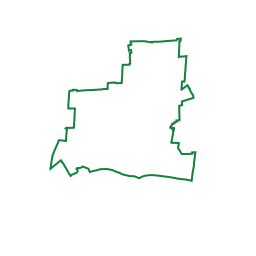 Devesel, Mehedinti, Romania, rotated 153°
{"feature_id": "2599482B24769263834247", "entity_name": "Devesel", "entity_type": "district", "adm_level": 2, "iso_a3": "ROU", "parent_name": "Romania", "parent_adm1": "Mehedinti", "projection": "natural_earth1", "projection_center": [22.678, 44.474], "detail": "fine", "context": "isolated", "style": "outline", "palette": "green", "viewbox_px": 256, "rotation_deg": 153, "n_neighbors": 0, "source": "geoboundaries", "source_scale": "gbopen_adm2", "svg_char_len": 5569}
<svg xmlns="http://www.w3.org/2000/svg" viewBox="0 0 256 256"><g transform="rotate(153 128 128)"><path d="M86.4,204.0L86.8,203.1L86.9,202.8L87.6,201.7L87.7,201.4L87.7,201.2L87.4,200.9L87.2,200.8L87.3,200.7L88.4,201.0L90.3,201.4L90.4,201.1L90.8,200.0L90.9,199.7L91.4,198.1L91.8,197.0L92.0,196.6L91.6,196.6L91.4,196.5L91.1,196.4L90.9,196.3L89.9,196.0L90.8,193.4L91.0,193.4L91.4,193.5L92.5,193.9L92.7,193.0L93.0,192.2L93.1,191.9L93.6,191.4L93.9,191.1L94.7,189.2L95.1,188.3L95.3,187.6L95.6,186.9L96.8,184.5L97.2,184.6L97.4,184.6L97.5,184.6L97.7,184.1L98.0,183.7L99.6,184.5L104.0,186.7L107.1,181.6L108.5,178.9L110.0,176.3L111.1,174.5L112.4,172.4L113.2,170.9L116.9,172.7L117.5,172.8L118.2,173.2L118.3,173.4L118.4,173.7L118.4,173.8L118.4,174.1L119.3,174.5L119.6,174.5L120.0,174.7L120.0,175.0L125.5,177.2L126.2,176.1L127.5,173.9L128.0,173.0L128.6,172.0L132.1,173.8L132.6,174.0L132.9,174.1L133.6,174.2L133.9,174.3L135.4,174.9L135.8,175.2L138.3,176.2L141.4,177.6L141.9,177.6L142.1,177.7L142.1,177.9L142.6,178.1L143.7,178.6L144.3,178.8L145.4,179.4L147.7,180.5L151.2,181.9L151.8,182.3L152.7,182.6L153.3,182.8L153.6,182.9L154.5,183.2L155.3,183.6L155.6,183.7L156.3,183.9L156.5,183.9L156.4,185.3L159.9,187.1L160.3,186.4L162.7,187.5L163.2,187.7L163.6,187.2L164.1,186.5L164.5,186.1L165.1,185.0L166.0,183.6L166.7,182.3L168.2,179.8L168.2,179.7L168.3,179.6L169.7,177.3L171.3,174.6L171.4,174.3L171.4,174.1L171.6,173.8L172.0,173.1L172.3,172.5L172.3,172.4L171.5,172.0L166.5,169.6L166.4,169.5L166.4,169.4L167.0,168.5L167.5,167.6L168.3,166.2L170.5,162.3L170.9,161.7L171.5,160.6L174.7,155.2L176.1,152.8L179.7,154.5L182.7,156.1L182.9,155.8L183.4,156.0L183.8,155.9L183.1,154.4L185.6,150.6L186.2,149.7L186.6,148.7L187.2,147.9L188.7,145.4L189.2,144.6L190.8,145.7L191.6,146.2L192.0,146.6L194.6,148.2L195.1,148.5L196.0,147.7L197.2,146.5L200.5,143.9L202.8,142.0L204.5,140.6L206.1,139.2L207.5,138.0L207.8,137.5L208.4,136.8L208.6,136.6L209.8,135.0L210.9,133.5L211.2,133.1L211.6,132.6L213.0,130.6L213.7,129.5L215.1,127.7L215.6,127.1L215.7,126.8L215.1,127.0L206.2,128.9L202.5,129.7L202.1,127.7L202.0,127.3L202.3,127.2L201.7,124.7L201.7,122.8L201.7,122.0L201.6,121.3L201.6,120.8L201.5,120.5L201.4,117.4L201.3,115.8L201.2,113.4L201.2,113.2L201.1,112.7L201.0,112.1L201.0,111.7L200.9,111.3L199.1,111.9L198.9,111.9L198.5,111.9L197.0,111.4L196.8,111.4L196.0,111.7L195.5,111.8L194.3,111.5L194.1,111.5L193.6,111.6L193.2,111.8L192.6,112.3L192.1,113.0L192.0,113.5L192.2,114.1L192.5,114.7L192.4,114.9L192.3,115.1L192.2,115.2L192.0,115.3L191.8,115.4L191.4,115.3L190.4,114.8L188.6,114.2L187.8,114.0L187.2,113.9L187.0,114.0L186.7,114.2L186.5,114.3L186.2,114.3L185.9,114.2L185.7,113.9L185.4,113.8L185.3,113.6L185.0,113.3L184.0,112.2L182.2,110.2L181.8,109.4L181.7,108.9L181.8,108.6L181.9,108.3L181.9,108.0L182.0,107.7L182.0,107.2L181.8,105.9L180.9,105.9L179.0,105.6L175.9,104.7L175.2,104.7L174.7,104.4L174.2,104.2L172.6,104.1L171.7,104.0L170.9,103.7L169.8,103.1L168.6,102.5L166.2,101.4L164.9,100.7L164.1,100.1L163.3,99.4L162.4,98.7L161.0,97.6L160.6,97.3L160.3,96.7L159.9,96.0L157.4,93.4L155.7,91.6L155.2,91.0L154.7,90.0L154.4,89.6L153.5,88.9L152.7,88.0L150.7,86.5L148.8,84.7L147.4,83.9L146.1,83.1L144.6,82.4L144.3,82.1L140.7,78.1L137.7,78.3L133.9,77.6L130.0,76.1L126.9,74.5L123.7,72.5L119.0,69.3L114.6,66.3L110.0,63.0L105.7,59.6L99.5,55.6L96.1,52.8L95.3,52.0L91.6,57.5L91.4,57.7L91.5,57.8L89.5,60.5L89.4,60.5L87.5,63.0L87.4,63.0L85.9,65.3L85.8,65.6L85.7,66.0L81.7,71.7L79.9,74.5L79.0,75.8L80.6,76.5L81.2,76.8L81.3,77.0L81.8,77.2L82.1,76.6L82.4,76.1L82.5,75.9L84.8,77.0L86.9,77.9L87.9,78.5L90.9,79.9L91.8,80.3L91.9,80.5L92.0,81.9L92.1,83.1L92.4,86.4L92.6,87.2L92.5,87.5L91.4,88.9L91.2,89.1L89.9,91.0L89.6,91.5L91.1,92.4L92.6,93.3L93.7,93.9L94.1,94.2L94.3,94.3L94.6,94.3L94.9,94.3L95.1,94.3L95.3,94.8L95.3,95.1L95.6,95.2L96.0,95.4L95.7,95.8L95.5,96.1L94.8,97.0L93.9,98.1L91.8,100.8L91.4,101.1L91.3,101.5L90.9,101.9L89.9,103.4L87.4,106.4L87.0,107.0L88.5,107.9L88.9,108.1L89.1,107.8L89.1,108.1L89.2,108.3L89.3,108.3L89.6,108.6L90.2,109.0L89.9,109.4L89.6,109.8L89.3,109.9L88.9,110.3L88.0,110.2L87.0,111.3L86.7,111.8L85.3,111.0L84.8,111.5L84.4,112.0L83.4,111.4L82.9,112.0L82.7,111.9L82.3,111.9L82.0,111.6L81.8,111.8L81.5,111.9L81.4,112.2L81.1,112.1L81.2,112.3L81.2,112.6L79.9,112.0L79.7,112.1L78.8,111.9L78.3,111.8L77.7,113.4L76.3,116.2L76.3,116.4L76.0,117.1L75.4,118.2L75.1,119.0L74.4,120.2L73.9,121.3L72.3,124.5L69.4,123.8L68.6,125.7L67.9,127.2L63.0,126.3L57.2,125.3L55.9,125.1L55.1,128.1L55.1,128.3L55.3,128.3L55.5,128.7L55.5,129.3L55.6,132.6L55.6,134.5L55.5,134.9L55.4,134.9L55.4,135.0L55.2,135.0L55.2,135.3L55.5,135.3L55.5,138.1L55.6,139.1L62.9,137.9L62.9,138.0L62.4,138.9L62.3,139.0L62.1,139.4L61.8,139.8L61.4,140.4L61.1,140.9L61.0,141.3L60.6,141.8L60.4,142.1L59.9,143.0L58.8,144.9L58.7,144.9L56.9,144.0L56.6,143.8L54.9,146.3L54.6,146.6L54.3,147.5L53.7,148.5L53.4,149.0L53.1,149.6L52.8,149.9L52.6,150.4L51.8,151.6L51.7,151.7L51.6,152.0L51.2,152.5L50.8,153.0L50.6,153.5L50.0,154.6L49.2,155.7L48.8,156.5L48.3,157.4L48.1,157.8L47.9,158.1L47.4,158.9L46.7,159.8L46.3,160.6L45.7,161.6L45.1,162.7L43.9,164.6L43.3,165.5L46.6,166.8L49.4,167.9L49.9,168.0L50.4,168.1L49.8,168.8L50.0,168.9L49.4,170.2L49.2,170.4L48.7,171.3L48.0,172.5L47.9,172.8L46.7,174.9L46.2,175.8L44.1,179.3L44.1,179.5L42.9,182.1L42.4,181.9L41.9,181.7L41.6,181.9L41.2,182.4L41.1,182.5L40.6,183.2L40.3,183.7L41.3,184.1L44.0,185.0L44.5,184.5L44.8,184.2L45.1,184.1L45.5,184.3L47.9,185.3L50.1,186.3L51.3,186.7L52.6,187.3L57.6,189.4L57.9,189.3L62.4,191.4L64.4,192.4L67.6,193.9L67.9,193.4L74.1,198.0L86.4,204.0Z" fill="none" stroke="#15803d" stroke-width="2"/></g></svg>